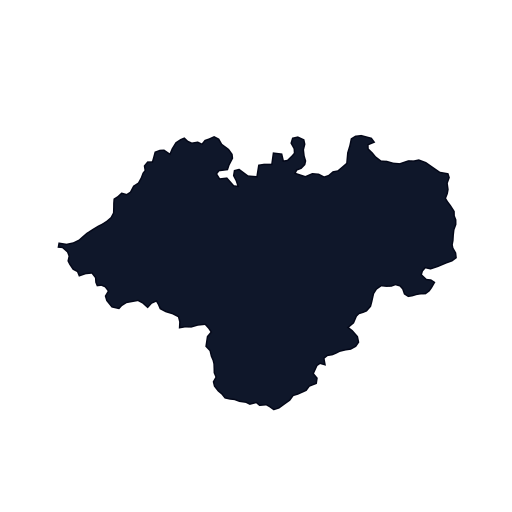 outline of Fartura, São Paulo, Brazil, rotated 106°
{"feature_id": "56859067B5459556715970", "entity_name": "Fartura", "entity_type": "district", "adm_level": 2, "iso_a3": "BRA", "parent_name": "Brazil", "parent_adm1": "São Paulo", "projection": "robinson", "projection_center": [-49.525, -23.4], "detail": "fine", "context": "isolated", "style": "filled", "palette": "ink", "viewbox_px": 512, "rotation_deg": 106, "n_neighbors": 0, "source": "geoboundaries", "source_scale": "gbopen_adm2", "svg_char_len": 3243}
<svg xmlns="http://www.w3.org/2000/svg" viewBox="0 0 512 512"><g transform="rotate(106 256 256)"><path d="M195.6,386.0L200.2,388.0L204.4,386.0L207.5,387.3L212.5,387.7L218.3,389.0L222.6,392.8L229.3,394.2L232.7,397.2L232.7,402.4L237.0,405.0L240.4,408.0L244.3,407.2L248.7,406.0L253.9,404.7L259.1,405.8L263.7,408.8L268.1,412.7L270.8,415.7L275.1,419.7L280.8,424.7L285.5,427.8L289.5,430.3L293.8,435.1L297.1,441.3L298.0,448.8L301.9,448.4L301.1,444.3L304.0,438.2L307.6,435.5L312.5,435.2L315.2,432.7L319.1,428.1L320.1,423.2L323.7,420.4L319.9,415.0L317.5,409.0L321.0,404.2L325.4,402.6L328.2,400.4L326.6,396.6L327.1,392.4L330.3,388.1L336.0,389.6L339.9,387.1L344.6,380.4L344.2,373.3L340.7,371.6L336.4,367.8L333.1,361.1L331.2,357.2L332.3,351.9L335.2,346.0L330.1,343.5L326.6,339.3L329.5,336.3L333.0,333.5L334.3,327.3L334.4,320.2L335.7,313.7L340.3,311.0L346.0,309.7L343.6,304.8L342.0,298.7L338.4,293.0L335.6,286.0L338.4,281.5L341.4,278.0L346.8,280.4L356.6,279.1L359.6,274.0L364.6,271.2L368.0,268.4L371.2,266.6L375.8,265.1L379.7,263.9L383.4,260.9L388.6,262.2L392.5,260.0L396.1,255.0L398.0,250.7L400.9,246.6L400.6,241.7L399.8,237.1L400.2,231.8L399.3,225.3L400.1,221.1L396.7,215.3L398.5,211.4L396.1,205.1L397.0,201.3L398.7,196.6L395.7,192.1L389.8,187.5L385.3,183.9L379.8,181.9L377.2,177.8L371.3,170.8L366.4,169.0L361.8,163.0L356.6,163.7L353.3,168.6L344.4,167.3L341.5,164.9L341.5,159.7L335.6,162.6L331.9,160.0L329.8,155.5L327.3,152.4L324.5,149.4L321.5,144.1L319.4,139.4L315.3,135.3L310.6,133.7L305.6,136.3L301.4,142.8L299.3,147.9L293.4,143.9L286.1,143.0L283.0,141.3L280.6,137.6L278.3,134.7L272.8,132.1L268.1,132.2L259.7,132.7L254.6,131.2L250.0,127.5L249.1,122.4L247.6,117.7L245.0,114.1L245.0,109.3L247.2,105.8L251.5,102.8L252.8,98.5L251.1,94.9L248.7,91.2L247.0,87.6L245.5,82.8L241.8,80.0L238.2,78.7L232.2,77.2L230.9,81.3L231.7,85.8L228.5,92.0L224.6,92.0L220.5,90.1L220.2,84.7L215.9,78.4L210.1,71.2L206.6,66.3L202.5,63.2L198.1,65.0L194.2,69.0L191.2,70.6L186.9,71.0L181.6,72.2L176.2,73.1L170.6,72.7L166.2,74.0L162.8,76.6L158.6,77.9L154.1,83.0L151.0,87.1L148.4,89.9L143.4,89.4L139.2,89.8L133.3,92.4L127.4,92.0L124.1,94.2L125.0,102.4L121.5,112.7L119.5,118.5L118.9,126.0L121.3,130.5L122.6,135.7L127.8,143.2L129.1,149.7L129.1,156.5L130.4,162.0L127.8,168.6L125.0,172.6L122.2,177.8L118.2,179.1L114.0,173.8L111.1,177.6L111.3,188.0L113.5,193.3L117.1,196.6L123.9,196.1L131.5,196.2L141.9,194.2L147.4,197.8L151.7,200.7L153.9,205.1L158.6,208.2L161.4,212.3L160.2,218.3L161.4,224.5L166.2,230.4L165.8,241.3L162.1,240.6L159.2,236.8L154.7,234.4L151.0,234.6L146.6,237.4L140.8,239.8L135.1,240.0L131.2,242.1L130.2,248.6L132.7,253.2L137.8,253.3L142.3,248.8L146.6,247.3L149.9,248.8L155.5,252.0L157.3,255.9L151.0,259.4L152.3,267.6L163.6,266.0L165.8,273.6L168.0,278.3L173.9,277.6L179.6,276.9L181.4,285.8L177.5,296.1L179.9,300.2L184.9,299.6L189.0,295.7L194.0,292.3L194.8,296.7L189.2,305.5L192.0,312.2L188.0,316.7L184.2,315.2L180.8,307.3L175.9,307.1L168.5,305.6L164.9,307.1L161.2,311.8L158.2,319.8L154.0,324.1L153.0,329.1L156.4,333.1L159.0,336.8L163.5,338.7L162.7,343.4L165.3,348.8L164.6,353.4L162.5,357.4L164.9,360.4L169.2,364.1L176.0,366.0L182.0,366.7L179.7,373.6L181.0,377.4L184.0,381.5L189.8,381.4L194.2,381.4L195.6,386.0Z" fill="#0f172a" stroke="#020617" stroke-width="1.5"/></g></svg>